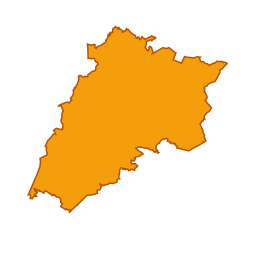 Cuautepec de Hinojosa, Hidalgo, Mexico, rotated 14°
{"feature_id": "50627088B81322224704661", "entity_name": "Cuautepec de Hinojosa", "entity_type": "district", "adm_level": 2, "iso_a3": "MEX", "parent_name": "Mexico", "parent_adm1": "Hidalgo", "projection": "albers", "projection_center": [-98.287, 19.97], "detail": "fine", "context": "isolated", "style": "filled", "palette": "amber", "viewbox_px": 256, "rotation_deg": 14, "n_neighbors": 0, "source": "geoboundaries", "source_scale": "gbopen_adm2", "svg_char_len": 5707}
<svg xmlns="http://www.w3.org/2000/svg" viewBox="0 0 256 256"><g transform="rotate(14 128 128)"><path d="M97.6,214.9L97.2,214.4L98.2,213.5L104.7,203.1L109.2,201.6L114.2,198.8L113.1,196.2L113.6,195.6L115.6,194.8L116.4,191.9L114.2,189.2L114.3,189.0L114.5,189.3L115.4,189.6L116.3,189.1L117.3,190.2L122.7,187.1L123.1,186.2L124.7,185.7L126.3,185.7L128.9,184.2L129.6,183.8L130.4,182.7L129.9,181.3L130.0,180.4L131.9,179.4L131.5,179.3L130.7,176.6L130.7,173.4L130.0,170.7L130.7,168.4L134.8,168.3L133.8,169.1L136.0,168.9L136.5,168.2L137.8,168.1L138.3,168.4L138.8,169.2L140.4,168.6L140.9,167.5L142.1,167.0L142.9,167.4L144.7,167.4L144.5,165.2L145.4,164.6L146.6,162.5L146.2,162.1L145.1,162.0L143.9,160.9L143.2,160.8L141.2,161.8L139.6,161.4L139.4,161.1L139.4,160.4L138.8,158.5L139.6,158.4L140.5,158.8L142.1,158.3L142.4,157.5L141.7,156.1L142.5,156.3L142.6,156.1L142.2,154.9L142.5,154.3L146.1,152.6L146.2,151.8L147.4,151.0L148.0,149.7L148.6,149.8L148.8,149.6L148.4,149.1L146.7,148.3L145.0,148.1L140.6,145.8L142.1,144.3L143.6,143.5L144.6,143.8L145.3,143.3L147.7,143.5L148.8,143.4L149.3,143.1L150.4,143.2L152.2,143.0L154.7,143.8L157.3,143.3L157.9,144.1L159.3,144.9L159.6,144.2L160.2,144.8L160.8,143.9L161.2,144.0L163.1,145.2L163.8,144.4L163.1,144.2L162.3,143.3L162.3,143.0L160.1,141.1L159.7,139.4L159.8,138.2L160.4,136.6L161.9,135.3L162.9,132.3L165.2,129.9L165.9,130.0L166.4,129.3L167.1,129.3L167.4,128.9L167.9,129.1L168.7,128.9L169.3,129.0L169.4,131.3L170.2,131.0L171.1,131.1L172.0,132.1L172.6,132.1L173.1,131.6L173.7,132.6L174.1,132.3L175.2,132.2L176.5,132.4L176.6,131.5L177.9,132.0L178.0,132.6L178.7,133.6L179.5,133.5L180.2,134.0L180.2,135.5L192.4,135.5L203.5,125.1L204.2,124.1L204.5,123.1L205.3,123.6L205.7,122.7L206.7,121.6L204.2,118.5L204.1,117.0L203.7,115.8L202.0,114.6L201.6,114.0L201.4,112.3L196.9,106.9L197.8,104.9L198.1,103.1L198.9,103.3L199.4,100.8L200.3,100.9L200.0,100.3L199.7,100.2L199.3,99.0L199.2,97.9L199.4,97.1L200.0,96.3L200.1,95.3L200.7,94.8L200.9,94.1L202.3,92.8L203.5,90.7L204.2,88.2L196.4,82.9L197.4,79.2L196.4,77.4L194.7,75.3L193.2,74.3L193.5,73.9L193.3,73.0L193.0,72.8L193.0,70.9L192.8,71.4L192.2,71.0L192.5,70.6L192.2,69.8L194.7,67.6L195.3,65.9L195.8,65.4L199.5,62.7L201.2,62.0L203.8,52.0L203.0,49.4L203.8,49.1L204.8,48.2L205.8,46.5L206.3,45.1L206.8,44.8L207.0,43.5L208.6,41.7L208.0,41.4L208.0,41.1L205.3,40.8L204.6,41.4L204.1,41.5L203.6,40.6L200.5,41.5L198.2,41.6L197.7,42.1L197.4,43.1L196.8,43.8L195.1,44.5L194.8,45.2L194.1,45.3L192.1,47.5L191.7,47.5L190.9,46.8L190.2,46.9L189.5,46.5L187.0,46.5L185.2,45.5L184.2,45.5L183.1,46.1L182.4,45.8L180.8,43.5L180.7,42.5L181.0,41.8L179.6,42.1L178.7,41.8L174.1,44.4L172.4,44.4L168.8,45.0L165.6,45.0L164.3,52.1L155.4,51.0L156.3,43.6L153.6,42.6L148.5,40.1L146.1,41.6L142.5,41.6L133.7,50.0L133.9,48.9L133.6,47.8L131.4,44.4L130.0,43.4L129.3,43.6L129.2,44.3L128.8,44.8L129.4,46.6L128.9,47.2L129.1,48.3L129.5,48.6L127.2,47.6L125.7,45.9L125.2,45.5L125.4,45.3L125.2,44.4L125.6,42.0L125.0,41.1L125.1,40.3L124.6,39.7L128.2,37.5L128.7,36.7L129.2,36.8L130.1,37.6L130.8,35.9L132.3,35.1L133.0,34.0L133.3,33.9L132.7,33.9L132.9,33.6L131.5,33.3L130.9,33.5L129.9,33.2L129.6,33.4L128.6,32.9L128.5,33.3L123.1,37.8L122.5,37.8L121.9,37.0L120.8,37.0L120.1,36.2L119.3,36.0L119.0,38.1L117.9,39.4L116.8,37.4L115.7,37.2L115.1,38.5L114.5,39.0L112.3,36.2L110.1,36.0L108.7,35.0L107.9,35.1L106.7,33.9L104.0,32.3L103.6,32.8L102.5,32.0L102.0,34.5L101.3,35.1L101.0,34.7L100.7,34.8L100.0,36.0L99.4,36.5L98.6,34.8L96.7,34.0L95.4,34.1L95.2,33.3L95.3,33.0L94.5,32.8L94.1,34.2L92.8,33.3L91.2,32.7L91.2,33.3L89.3,35.0L89.9,39.1L88.0,39.4L87.7,39.9L88.1,40.5L87.7,40.6L88.5,41.5L88.4,41.8L88.1,42.3L88.1,42.1L87.0,41.4L86.8,42.1L86.1,42.2L86.5,44.5L86.2,46.4L85.2,48.4L85.8,48.6L85.9,49.3L84.8,51.0L83.6,51.8L83.3,52.6L82.3,53.4L81.8,54.3L80.4,55.4L79.9,55.5L77.7,57.6L78.0,57.9L77.8,58.5L77.0,58.2L76.0,56.9L76.0,55.3L75.7,55.1L74.2,55.4L72.5,56.5L68.3,56.4L69.9,60.9L72.5,70.2L73.9,69.6L75.7,69.8L77.8,68.7L78.4,68.7L79.0,69.1L79.8,70.6L81.2,71.9L82.0,71.9L82.2,71.4L83.5,73.2L83.4,73.7L82.4,74.9L82.1,75.9L82.5,79.2L81.9,80.5L79.3,82.0L77.6,84.5L76.5,85.3L76.2,86.3L76.4,87.4L76.0,88.1L75.4,88.3L73.9,88.1L73.0,89.1L72.3,89.4L69.4,88.5L68.7,88.5L67.8,89.1L67.5,90.3L68.0,90.5L68.2,91.0L68.3,91.5L68.1,91.9L68.4,92.2L68.5,94.7L68.1,97.6L68.3,98.3L67.6,99.1L67.5,101.0L66.9,101.7L66.5,101.5L66.2,102.1L66.9,102.3L65.6,104.7L66.2,105.0L66.4,105.6L66.5,107.7L66.9,108.9L66.3,109.7L66.1,111.0L65.0,112.9L65.4,113.1L65.6,113.9L66.6,114.4L64.7,118.0L63.6,117.5L62.5,117.7L61.8,118.1L58.9,120.2L58.7,120.1L58.5,120.6L57.0,121.4L55.7,122.7L55.4,123.4L57.8,122.7L59.9,125.7L61.3,127.1L60.7,128.0L60.5,129.2L60.8,132.0L61.6,133.8L61.1,136.0L61.2,137.1L61.6,138.1L62.9,139.5L64.1,140.4L64.4,141.0L64.8,145.5L63.9,145.6L63.6,145.3L63.2,145.7L58.9,145.6L58.2,146.0L56.4,148.4L58.2,150.0L59.2,151.5L58.2,151.3L56.9,152.3L55.8,155.2L53.0,160.2L52.6,163.7L52.1,165.8L53.8,166.3L53.6,167.3L54.1,169.2L55.5,171.9L56.0,173.7L50.0,178.8L51.2,181.8L51.9,186.5L51.3,192.8L47.4,217.0L48.6,216.5L49.2,216.5L49.9,217.4L50.0,219.7L50.7,220.0L51.2,219.5L51.8,219.8L52.2,219.6L53.0,217.4L53.7,217.0L55.0,216.8L55.8,216.2L53.2,215.4L53.5,214.8L54.7,214.1L55.1,213.3L55.6,212.9L55.6,212.4L55.1,212.1L54.4,212.3L53.6,211.6L53.2,211.6L53.3,210.8L51.7,209.7L51.8,209.4L54.2,209.9L55.4,210.8L56.7,209.9L57.3,210.2L57.4,210.8L58.5,210.5L62.1,211.6L62.9,209.0L67.8,210.2L67.7,210.6L68.9,210.8L70.6,211.9L71.1,210.9L71.9,211.2L72.2,210.5L73.1,210.8L73.0,211.1L74.9,211.8L74.8,212.0L75.2,212.2L78.1,212.1L79.3,212.7L80.3,214.7L80.7,216.3L82.7,217.2L81.7,220.5L87.5,222.4L87.9,221.4L90.0,222.1L91.4,221.4L91.7,221.7L91.3,223.7L91.3,223.9L91.5,224.0L97.2,215.0L97.6,214.9Z" fill="#f59e0b" stroke="#b45309" stroke-width="1.5"/></g></svg>